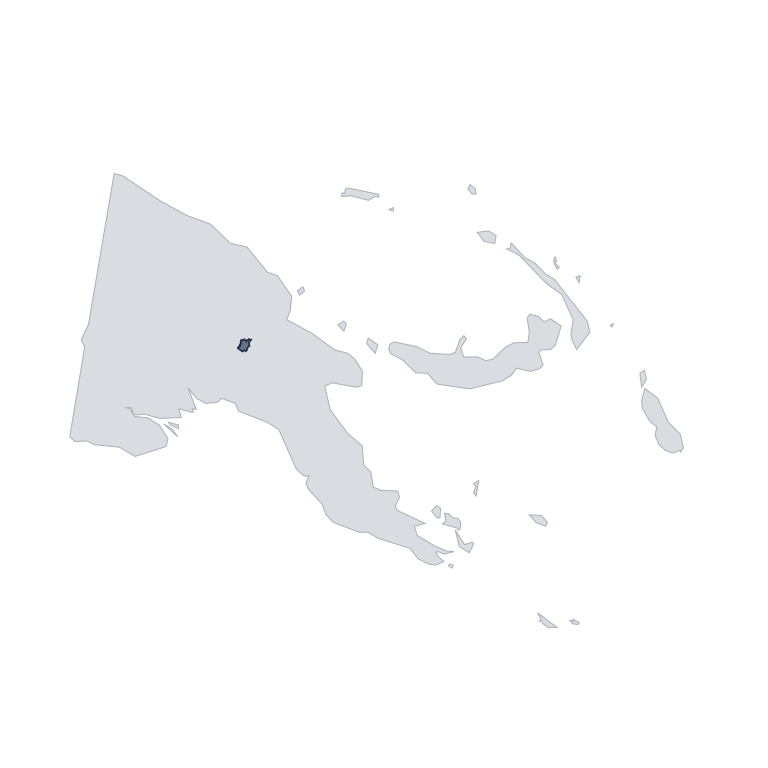 Gumine District, Chimbu, Papua New Guinea shown in context, rotated 10°
{"feature_id": "67681753B36578207739625", "entity_name": "Gumine District", "entity_type": "district", "adm_level": 2, "iso_a3": "PNG", "parent_name": "Papua New Guinea", "parent_adm1": "Chimbu", "projection": "orthographic", "projection_center": [144.798, -6.194], "detail": "fine", "context": "in_parent", "style": "filled", "palette": "slate", "viewbox_px": 768, "rotation_deg": 10, "n_neighbors": 0, "source": "geoboundaries", "source_scale": "gbopen_adm2", "svg_char_len": 5865}
<svg xmlns="http://www.w3.org/2000/svg" viewBox="0 0 768 768"><g transform="rotate(10 384 384)"><path d="M83.7,490.4L82.8,399.7L78.1,392.9L82.6,376.7L81.7,223.6L90.4,224.3L132.4,242.7L160.8,252.3L185.5,256.8L208.3,272.1L225.2,272.9L250.1,294.3L260.2,295.8L277.9,313.8L278.9,328.3L276.9,337.5L303.8,346.4L329.5,358.9L343.4,360.2L351.1,364.6L360.6,375.3L362.3,389.5L356.8,392.0L332.8,391.8L326.0,396.4L335.5,418.7L357.1,439.2L373.3,448.7L378.0,467.1L386.2,472.9L391.4,487.6L399.8,489.2L416.3,487.0L418.9,493.1L416.3,502.3L418.7,506.1L448.7,514.2L438.6,518.9L443.0,527.4L462.5,534.8L474.7,537.7L482.0,536.9L473.4,541.0L465.7,539.7L464.3,541.0L467.4,544.5L473.7,548.4L467.0,553.2L460.4,553.8L448.3,550.5L437.9,541.3L405.1,537.0L393.8,532.9L384.8,534.2L358.1,529.1L349.5,522.6L343.7,512.8L328.0,501.0L324.3,495.2L325.9,487.6L321.6,488.7L312.5,483.1L288.4,447.2L276.1,442.1L245.4,435.9L241.0,428.9L226.6,426.3L223.4,430.8L211.7,434.1L201.7,430.6L191.8,421.9L203.5,441.7L199.4,441.6L201.3,444.7L199.1,445.2L186.3,444.1L190.2,452.2L169.2,456.8L153.5,455.3L146.0,457.4L142.9,457.2L138.8,451.1L133.2,452.3L137.9,452.3L144.1,459.3L157.2,458.3L169.9,463.5L180.7,475.3L180.3,483.4L151.3,498.6L134.3,492.2L109.8,494.0L101.0,491.6L90.1,494.5L83.7,490.4ZM524.7,290.8L530.6,295.0L536.7,290.8L548.4,296.2L546.0,315.9L542.1,321.3L532.2,323.2L531.0,326.0L537.3,337.7L534.6,341.8L526.0,346.1L511.8,345.4L507.9,353.3L500.0,360.3L469.2,374.0L435.9,374.8L425.0,366.0L413.5,367.5L398.1,357.1L385.2,352.9L382.6,348.9L382.9,343.8L386.5,340.8L409.6,341.5L424.2,345.7L443.4,343.5L448.8,340.4L450.9,327.8L454.1,322.6L457.4,325.0L453.3,334.8L457.7,343.6L471.4,341.1L480.1,343.3L486.9,340.8L496.7,327.2L504.4,321.0L518.4,318.0L518.2,307.9L513.5,294.0L515.5,290.0L524.7,290.8ZM689.9,394.9L688.0,399.4L687.2,397.9L680.2,401.9L672.3,400.4L665.3,395.8L660.0,387.7L660.0,378.7L652.3,374.6L642.5,363.0L640.6,355.4L641.6,343.0L656.1,350.5L670.7,372.3L684.7,382.2L689.9,394.9ZM577.8,297.1L567.8,316.6L561.8,308.5L559.5,302.8L559.1,287.8L543.6,265.1L527.4,257.4L494.5,233.6L481.4,229.7L484.7,228.7L484.7,223.0L501.0,235.3L511.1,238.4L524.5,248.0L533.7,251.4L573.2,286.9L577.8,297.1ZM314.4,197.2L345.9,198.2L346.4,200.8L342.3,201.1L336.9,205.8L318.1,204.4L309.9,206.8L309.3,203.4L312.4,202.5L311.9,199.0L314.4,197.2ZM469.7,500.4L475.3,503.8L480.1,503.4L483.7,507.3L484.2,513.7L482.2,515.1L480.8,513.1L465.8,511.7L468.8,508.1L466.0,500.9L469.7,500.4ZM468.8,226.4L457.8,226.3L449.5,218.5L460.4,215.0L468.6,218.6L468.8,226.4ZM491.4,528.2L498.5,524.3L500.1,525.7L497.3,535.4L486.5,531.1L479.4,515.3L491.4,528.2ZM549.8,487.6L561.7,486.1L567.3,490.4L569.0,491.9L567.8,496.0L557.9,494.2L549.8,487.6ZM575.0,582.7L596.8,593.7L588.5,595.4L581.7,592.4L580.9,589.8L578.1,590.6L579.5,588.8L575.0,582.7ZM369.9,355.3L359.9,347.1L360.5,341.5L371.1,346.5L369.9,355.3ZM462.3,506.3L459.3,506.6L452.9,500.8L456.9,494.5L461.4,496.9L462.3,506.3ZM638.3,342.5L634.2,329.2L638.0,325.3L641.7,333.7L638.3,342.5ZM335.3,338.9L328.4,333.8L333.5,329.0L336.6,331.5L335.3,338.9ZM441.6,180.8L437.8,181.7L432.7,177.4L434.1,172.6L440.0,175.8L441.6,180.8ZM289.6,306.3L285.4,311.0L282.6,307.4L287.2,302.2L289.6,306.3ZM494.1,462.7L494.1,478.5L491.0,475.3L492.6,468.8L489.5,466.9L494.1,462.7ZM183.3,465.3L190.1,471.8L173.7,461.4L183.3,465.3ZM189.2,463.8L180.2,461.1L178.4,459.1L188.9,460.1L189.2,463.8ZM617.7,584.9L617.1,587.1L611.3,587.4L607.5,584.2L611.3,585.0L610.7,582.8L617.7,584.9ZM558.3,243.2L558.5,250.5L554.4,245.3L558.3,243.2ZM536.4,239.0L534.7,240.9L530.6,235.7L531.4,234.7L536.4,239.0ZM483.7,550.4L483.1,553.6L479.1,551.9L479.7,549.9L483.7,550.4ZM532.9,233.2L529.7,234.1L530.3,229.1L532.9,233.2ZM362.7,208.6L363.0,212.2L358.6,211.4L362.7,208.6ZM599.4,284.7L598.8,288.1L596.5,286.9L599.4,284.7Z" fill="#d9dde1" stroke="#a8b0b8" stroke-width="1"/><path d="M233.7,374.1L236.6,375.6L236.8,375.8L237.1,375.8L237.5,375.9L237.6,376.0L237.8,376.1L238.0,376.2L238.3,376.2L238.6,376.4L238.7,376.5L238.8,376.5L239.0,376.6L239.3,376.6L239.3,376.4L239.5,376.3L239.6,376.2L239.8,375.9L239.9,375.7L240.0,375.6L240.1,375.4L240.2,375.2L240.3,375.2L240.5,375.1L240.8,375.1L241.0,375.1L241.3,375.2L241.3,375.3L241.5,375.3L241.9,375.3L242.0,375.4L242.2,375.6L242.3,375.7L243.1,374.8L243.4,371.7L244.8,370.1L245.0,369.8L244.9,369.7L244.7,369.6L244.6,369.3L244.5,369.2L244.5,368.9L244.4,368.7L244.3,368.4L244.3,368.2L244.3,367.9L244.2,367.8L244.2,367.6L244.1,367.4L244.1,367.2L244.0,366.8L243.9,366.8L243.9,366.6L243.8,366.4L243.8,366.1L243.8,365.9L244.0,365.7L244.3,365.6L244.5,365.4L245.5,363.5L244.7,363.7L244.5,363.4L244.4,363.4L244.1,363.4L243.9,363.4L243.6,363.3L243.3,363.4L243.2,363.3L243.1,363.2L243.0,363.3L242.9,363.3L242.6,363.9L242.2,364.2L241.9,364.7L241.6,364.6L241.3,365.6L241.1,366.0L241.0,365.9L240.8,365.8L240.7,365.7L240.5,365.4L240.4,365.4L240.2,365.3L240.1,365.2L239.9,365.1L239.8,364.9L239.7,364.9L239.4,364.7L239.2,364.7L238.9,364.6L238.7,364.5L238.7,364.4L238.6,364.5L238.4,364.6L238.2,364.7L238.1,364.8L237.9,364.7L237.7,364.7L237.6,364.9L237.4,364.9L237.3,365.0L237.2,365.1L236.9,365.3L236.8,365.2L236.7,365.3L236.5,365.5L236.4,365.6L236.2,365.6L236.3,365.7L236.4,365.8L236.5,366.0L236.4,366.2L236.1,366.2L235.9,366.2L235.8,366.3L235.7,366.3L235.5,366.5L235.5,366.8L235.5,367.0L235.4,367.0L235.4,367.3L235.5,367.3L235.5,367.5L235.8,367.7L235.9,367.8L235.9,368.0L236.0,368.1L235.9,368.3L235.9,368.5L235.9,368.8L236.0,368.9L236.0,369.0L236.2,369.3L236.1,369.5L235.9,369.5L235.7,369.7L235.7,369.8L235.4,369.9L235.2,369.9L235.0,370.0L235.2,370.3L235.2,370.5L235.3,370.6L235.3,370.8L235.5,370.9L235.5,371.0L235.8,371.3L235.8,371.5L235.7,371.5L235.3,371.6L235.3,371.8L235.3,372.0L235.3,372.3L235.3,372.5L235.1,372.5L234.9,372.5L234.7,372.5L234.4,372.5L234.2,372.5L234.0,372.8L233.9,372.9L233.9,373.0L233.8,373.3L233.8,373.5L233.7,373.6L233.7,373.8L233.7,374.0L233.7,374.1Z" fill="#64748b" stroke="#1e293b" stroke-width="1.5"/></g></svg>